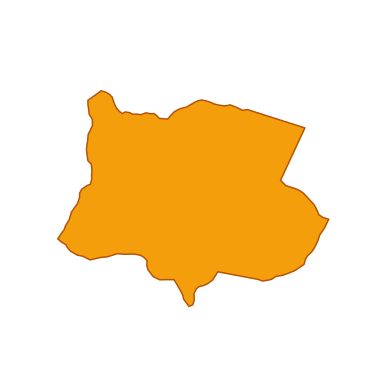 outline of Guariba, São Paulo, Brazil, rotated 207°
{"feature_id": "56859067B39264399371297", "entity_name": "Guariba", "entity_type": "district", "adm_level": 2, "iso_a3": "BRA", "parent_name": "Brazil", "parent_adm1": "São Paulo", "projection": "albers", "projection_center": [-48.212, -21.397], "detail": "fine", "context": "isolated", "style": "filled", "palette": "amber", "viewbox_px": 384, "rotation_deg": 207, "n_neighbors": 0, "source": "geoboundaries", "source_scale": "gbopen_adm2", "svg_char_len": 1802}
<svg xmlns="http://www.w3.org/2000/svg" viewBox="0 0 384 384"><g transform="rotate(207 192 192)"><path d="M180.1,290.6L183.9,287.7L189.9,287.7L197.4,287.0L201.9,283.6L207.9,281.5L212.4,280.5L216.5,280.3L221.2,279.5L225.3,278.3L228.2,275.9L230.5,272.9L232.9,269.2L235.4,265.2L238.6,262.5L241.3,259.8L244.1,255.6L245.8,250.1L246.8,245.9L250.3,244.5L254.7,242.7L258.0,244.0L261.4,244.6L264.6,242.8L268.9,241.7L272.6,237.7L276.9,236.2L280.1,234.4L283.7,234.4L287.8,233.0L289.9,230.2L293.8,231.0L297.4,232.6L301.1,235.2L306.2,240.3L310.1,241.6L314.2,241.8L319.0,240.9L321.2,236.3L323.3,232.3L326.4,226.5L324.2,222.3L322.0,219.3L319.0,214.7L313.6,211.2L310.9,206.0L310.7,201.7L310.7,196.3L308.1,189.9L307.0,186.1L305.3,181.8L299.0,172.7L294.4,171.1L290.9,165.7L289.1,161.4L287.1,157.6L286.1,152.9L288.6,149.8L291.5,144.3L291.6,140.1L289.6,135.7L288.8,129.6L289.6,124.5L290.3,119.7L288.8,111.1L289.4,104.8L288.8,100.4L289.6,95.8L290.3,89.3L285.6,88.1L280.5,87.8L277.0,85.5L273.4,84.1L265.5,83.7L260.0,85.2L252.1,85.2L246.9,89.5L242.8,92.9L238.5,95.4L234.6,99.1L230.6,103.1L223.5,106.0L219.1,108.5L214.7,110.7L209.2,112.2L205.1,111.9L200.8,110.4L198.9,106.0L195.9,102.7L188.2,99.0L180.9,99.1L175.6,102.0L168.2,105.7L162.5,102.2L157.8,99.1L153.3,95.8L151.0,92.9L147.2,90.9L142.8,88.7L140.1,91.8L140.9,96.7L144.1,102.4L144.2,107.9L142.6,111.1L139.4,113.8L136.6,117.1L133.6,123.1L132.8,132.6L93.6,144.1L88.7,144.7L84.4,147.8L81.4,150.4L79.0,154.8L73.5,158.9L69.5,163.1L64.9,168.4L62.1,173.3L59.3,178.4L60.2,182.7L60.3,186.8L58.2,192.9L57.6,197.7L57.6,202.2L57.8,206.2L58.7,211.9L58.0,216.3L57.6,220.1L57.8,229.8L63.9,228.7L68.7,229.4L74.0,233.8L77.7,236.2L85.4,239.1L92.4,241.6L97.8,242.2L102.8,241.7L111.2,240.3L118.4,242.6L120.5,300.3L180.1,290.6Z" fill="#f59e0b" stroke="#b45309" stroke-width="1.5"/></g></svg>